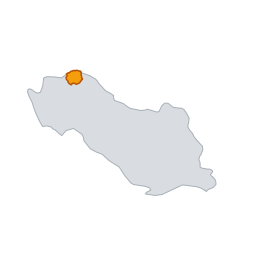 Has, Kukës, Albania (highlighted), rotated 304°
{"feature_id": "67620474B51228836218093", "entity_name": "Has", "entity_type": "district", "adm_level": 2, "iso_a3": "ALB", "parent_name": "Albania", "parent_adm1": "Kukës", "projection": "equal_earth", "projection_center": [20.413, 42.193], "detail": "fine", "context": "in_parent", "style": "filled", "palette": "amber", "viewbox_px": 256, "rotation_deg": 304, "n_neighbors": 0, "source": "geoboundaries", "source_scale": "gbopen_adm2", "svg_char_len": 2126}
<svg xmlns="http://www.w3.org/2000/svg" viewBox="0 0 256 256"><g transform="rotate(304 128 128)"><path d="M84.7,77.3L84.9,73.9L85.7,68.4L85.2,66.6L85.8,63.5L84.2,59.3L81.5,56.3L84.1,51.0L87.9,44.6L91.4,39.5L95.6,34.2L98.4,29.2L101.4,24.8L104.0,23.5L105.3,24.4L106.0,26.3L105.8,31.9L106.7,33.9L108.5,35.3L112.2,34.6L116.4,33.2L122.1,30.2L123.0,30.4L125.1,32.0L129.4,38.8L132.3,44.8L138.0,46.9L141.2,49.2L145.3,52.8L147.3,56.4L150.0,67.3L150.4,74.0L149.6,77.0L148.9,77.8L146.3,88.6L146.9,94.1L146.9,97.8L144.8,99.2L143.3,101.5L145.7,110.5L145.4,114.4L145.5,118.8L149.7,128.9L152.2,132.0L154.4,133.5L157.3,142.9L158.9,144.5L165.8,143.6L169.2,144.6L170.6,146.8L170.9,148.3L170.4,153.6L172.2,157.6L174.5,161.7L174.5,164.3L172.9,168.4L170.2,173.3L166.5,175.1L162.5,176.7L160.6,180.5L159.6,184.5L157.8,187.4L156.7,190.7L155.0,197.4L154.6,199.8L151.8,202.2L147.6,203.2L143.8,203.4L141.2,204.6L139.9,206.8L137.4,208.7L136.0,209.5L136.0,211.5L137.8,215.8L139.8,219.2L139.8,222.0L138.8,222.7L135.7,222.4L135.0,223.4L134.7,226.5L133.9,229.1L132.6,230.8L130.4,232.5L126.3,231.9L122.5,229.3L120.5,228.5L119.3,228.6L119.0,222.1L117.4,217.1L111.3,205.0L91.7,193.3L87.1,188.0L85.1,183.6L83.1,179.4L85.0,179.3L86.9,180.3L89.4,181.6L90.4,179.5L89.3,175.0L84.3,164.3L84.0,161.4L86.5,152.5L90.7,142.5L90.4,130.4L91.8,121.3L90.4,115.4L89.7,108.2L92.8,98.6L95.4,96.2L97.0,93.2L97.1,83.0L91.3,78.2L84.7,77.3Z" fill="#d9dde1" stroke="#a8b0b8" stroke-width="1"/><path d="M132.3,56.9L133.3,56.8L134.5,57.5L135.1,58.5L135.2,59.8L135.4,60.8L137.6,62.2L138.8,62.6L140.5,62.7L141.8,62.5L142.5,63.0L143.4,62.6L143.4,62.0L145.8,59.6L146.3,59.2L146.6,59.0L147.0,58.6L147.7,58.2L148.0,57.9L147.9,57.6L148.0,57.0L148.4,57.1L148.5,56.7L148.3,56.4L148.2,56.1L148.0,55.6L147.7,54.9L147.5,54.4L147.4,53.7L147.1,53.1L146.8,52.8L146.0,52.4L146.0,51.7L145.6,51.5L145.3,51.0L144.7,50.2L144.2,50.1L143.6,49.4L142.7,48.8L140.9,48.5L140.5,47.7L139.5,47.2L138.9,47.0L138.3,46.8L138.2,47.0L138.1,47.5L137.9,47.7L137.8,47.9L137.6,48.3L135.4,48.3L134.0,49.6L133.6,50.7L133.2,52.1L132.2,53.1L131.8,56.0L132.3,56.9Z" fill="#f59e0b" stroke="#b45309" stroke-width="1.5"/></g></svg>